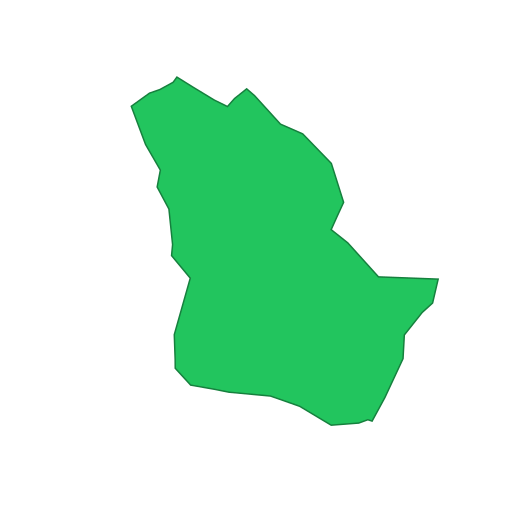 O'ndorshireet, Töv, Mongolia (orthographic projection), rotated 27°
{"feature_id": "93677404B29580172170474", "entity_name": "O'ndorshireet", "entity_type": "district", "adm_level": 2, "iso_a3": "MNG", "parent_name": "Mongolia", "parent_adm1": "Töv", "projection": "orthographic", "projection_center": [104.989, 47.437], "detail": "fine", "context": "isolated", "style": "filled", "palette": "green", "viewbox_px": 512, "rotation_deg": 27, "n_neighbors": 0, "source": "geoboundaries", "source_scale": "gbopen_adm2", "svg_char_len": 719}
<svg xmlns="http://www.w3.org/2000/svg" viewBox="0 0 512 512"><g transform="rotate(27 256 256)"><path d="M428.8,193.9L374.6,219.0L332.5,202.9L332.1,202.7L311.0,198.4L310.3,183.9L309.7,168.4L281.1,139.3L242.2,126.0L217.9,127.4L182.0,113.8L171.8,111.3L165.4,125.4L162.7,135.8L148.2,136.0L122.6,134.1L104.3,132.5L103.3,138.8L94.8,151.3L87.2,159.2L76.9,179.2L107.0,206.8L131.8,222.9L136.6,239.4L157.1,253.7L176.5,283.7L180.6,294.0L207.5,305.6L218.9,363.2L231.0,385.0L235.0,392.7L256.4,400.7L278.9,393.8L293.8,389.6L332.5,374.2L363.1,370.1L399.8,372.6L423.4,358.2L430.0,351.1L434.4,350.4L435.1,323.5L433.6,280.7L424.0,259.0L429.7,230.9L434.7,217.7L428.8,193.9Z" fill="#22c55e" stroke="#15803d" stroke-width="1.5"/></g></svg>